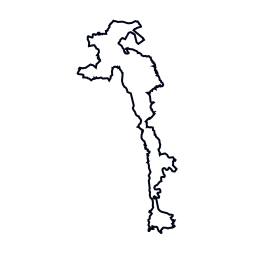 Lolotla, Hidalgo, Mexico (Albers equal-area conic projection), rotated 173°
{"feature_id": "50627088B68203381384952", "entity_name": "Lolotla", "entity_type": "district", "adm_level": 2, "iso_a3": "MEX", "parent_name": "Mexico", "parent_adm1": "Hidalgo", "projection": "albers", "projection_center": [-98.729, 21.009], "detail": "fine", "context": "isolated", "style": "outline", "palette": "ink", "viewbox_px": 256, "rotation_deg": 173, "n_neighbors": 0, "source": "geoboundaries", "source_scale": "gbopen_adm2", "svg_char_len": 5872}
<svg xmlns="http://www.w3.org/2000/svg" viewBox="0 0 256 256"><g transform="rotate(173 128 128)"><path d="M158.7,179.8L157.0,180.9L155.6,180.9L155.4,181.7L155.0,181.1L154.1,181.1L153.3,182.0L152.7,181.3L151.1,181.0L148.6,181.4L146.9,180.1L142.3,179.9L141.8,179.5L140.9,177.4L139.3,179.4L138.8,181.5L137.2,182.4L137.0,186.3L136.0,188.8L136.1,189.5L135.4,189.5L134.6,190.2L133.4,190.5L131.9,189.8L131.1,190.2L130.5,188.8L129.2,189.5L128.9,187.2L127.5,185.1L127.3,183.7L126.6,183.2L128.2,175.4L127.7,171.8L126.6,169.3L125.4,168.4L124.6,167.0L124.1,163.8L121.0,162.0L119.5,149.5L120.8,147.1L120.3,145.2L119.0,142.9L118.6,140.4L117.2,138.8L115.9,138.2L115.4,136.5L114.4,135.2L114.1,134.0L114.4,133.3L114.4,132.4L115.2,131.0L116.5,130.2L117.2,129.3L117.4,128.3L118.1,127.9L116.8,127.3L116.4,126.3L114.6,124.9L114.6,124.5L113.7,124.3L113.4,123.4L113.6,122.8L114.6,122.3L114.3,121.5L115.4,119.5L115.8,116.4L115.4,115.3L114.3,113.5L113.4,112.9L112.8,109.8L113.3,110.1L113.6,109.6L113.0,109.4L113.2,109.1L112.7,108.6L113.2,108.4L112.7,107.6L112.8,106.7L113.4,106.5L113.2,105.3L112.3,105.2L112.2,104.7L111.0,104.2L111.3,103.4L111.2,102.8L109.5,102.0L109.6,101.3L110.5,100.3L112.1,99.7L111.3,98.2L112.0,97.9L111.8,97.4L112.3,95.8L111.9,94.8L112.2,94.4L112.0,92.8L111.7,92.6L112.8,91.6L112.3,91.5L111.8,88.3L112.1,85.8L111.0,81.5L113.3,78.1L112.7,76.6L112.6,75.4L113.8,73.2L113.8,65.2L114.2,64.6L114.4,62.9L113.9,61.7L114.5,58.9L114.4,57.0L114.0,55.7L112.9,54.7L112.3,52.6L112.6,48.7L112.9,48.1L112.6,46.2L114.3,44.1L115.3,43.2L116.5,43.1L117.1,42.0L116.9,41.7L115.4,41.2L114.8,40.1L117.2,37.7L117.4,35.5L119.1,34.1L119.1,33.3L118.4,32.1L119.5,29.0L118.5,27.1L119.6,25.5L120.2,23.6L119.9,23.2L119.4,23.2L117.5,25.5L116.2,24.7L115.1,24.8L116.1,26.6L115.8,27.6L114.2,26.7L111.6,26.4L111.0,25.7L110.3,22.5L108.0,19.8L107.6,19.9L107.5,20.7L108.4,21.8L108.0,21.9L107.1,23.2L106.4,23.4L106.2,24.1L105.1,24.8L102.2,24.3L100.5,23.4L99.0,23.9L97.7,23.7L96.5,24.0L96.3,23.7L94.9,24.1L93.7,24.7L93.8,25.2L93.9,25.5L94.9,25.4L95.5,26.4L95.6,27.1L95.2,27.4L95.5,27.6L95.1,27.8L95.0,28.4L94.5,28.5L94.5,29.1L94.1,29.4L94.5,29.8L93.7,30.3L93.3,30.1L93.0,30.6L94.0,30.6L94.2,31.0L94.9,30.7L96.1,32.4L96.5,33.8L94.5,34.9L94.2,36.0L95.8,36.8L97.4,36.9L99.5,38.7L104.6,40.6L106.5,42.0L107.6,43.5L107.9,45.0L108.5,53.7L108.9,54.5L110.7,54.9L111.1,56.1L110.6,56.8L110.0,57.0L108.4,55.5L105.9,55.0L105.4,56.0L106.8,59.5L106.4,60.1L104.5,60.1L103.6,60.6L103.6,62.8L104.2,63.6L107.2,63.5L108.7,63.9L109.0,64.6L109.1,65.9L108.0,67.3L105.8,68.0L103.2,70.7L101.3,71.2L101.3,74.2L100.8,75.2L99.5,75.3L98.2,74.8L97.5,75.4L97.3,76.3L98.1,77.7L98.8,80.6L98.9,82.1L98.5,83.3L97.2,83.8L96.3,83.5L95.2,81.9L94.6,81.6L93.6,81.8L92.5,83.5L91.8,83.6L90.0,81.6L89.2,79.7L86.9,79.1L84.8,81.4L88.0,85.5L87.5,87.0L87.4,89.3L86.8,89.8L85.2,89.7L84.7,90.5L85.0,91.0L86.4,91.7L86.4,92.5L87.0,93.5L90.5,93.5L91.5,94.2L92.5,96.6L94.3,98.2L99.0,97.8L99.7,97.3L99.8,98.8L99.3,99.5L100.0,100.9L100.4,102.7L100.3,103.2L99.8,103.2L98.8,104.7L98.0,107.7L98.4,109.2L98.4,112.2L100.0,114.6L101.3,115.9L101.6,118.0L102.3,118.0L102.3,121.6L102.5,122.2L103.4,122.8L103.3,125.4L105.2,126.0L106.7,126.0L108.6,126.9L109.2,126.7L108.9,128.2L109.1,129.8L108.6,130.7L108.7,131.4L109.7,132.2L107.3,134.3L105.8,134.4L106.0,134.9L105.3,135.4L104.0,135.3L103.1,135.9L100.0,138.9L100.8,139.4L100.8,140.2L100.4,140.5L100.9,140.5L101.6,141.5L101.7,142.6L102.4,143.2L102.1,143.4L102.3,144.3L103.1,145.4L102.9,146.8L102.2,148.1L100.9,149.5L99.3,150.2L99.6,150.5L101.7,150.2L102.4,151.5L102.3,156.9L103.0,158.8L104.6,160.6L102.9,160.6L102.1,160.0L101.2,161.8L100.1,162.3L99.5,162.0L99.2,163.1L98.1,163.8L96.8,164.0L95.9,163.4L96.1,164.8L94.3,165.0L94.9,165.6L94.7,166.0L93.3,165.7L92.4,166.1L91.2,165.4L90.8,166.4L89.8,165.4L88.7,165.3L87.8,166.5L88.3,168.7L89.4,169.3L89.6,170.9L90.7,171.8L90.7,173.5L91.4,175.8L93.0,176.7L92.1,177.5L92.0,178.8L92.3,179.4L93.4,179.1L93.7,179.4L93.4,180.3L92.7,180.9L92.9,181.4L94.0,181.6L94.2,182.0L93.7,182.5L94.2,183.5L93.8,184.0L94.1,184.8L93.4,184.9L93.6,185.6L95.2,186.3L93.5,186.6L93.4,187.5L94.0,188.1L93.9,188.9L94.9,189.3L94.7,190.2L95.8,190.7L95.7,191.9L96.5,192.2L96.9,195.2L97.3,195.2L98.7,196.9L100.6,196.6L101.6,197.4L103.7,197.4L105.5,198.4L106.1,199.9L107.6,201.2L109.2,201.2L109.3,202.6L110.2,203.3L113.7,205.4L117.5,206.4L118.3,207.3L119.9,207.2L120.5,206.7L119.6,206.0L119.0,203.7L118.2,202.8L118.4,202.1L119.8,201.9L121.6,202.5L121.6,203.6L122.4,204.1L122.6,206.6L123.6,208.2L124.1,210.1L127.1,213.0L126.7,214.0L125.3,215.1L124.8,216.4L122.6,218.0L120.0,216.5L115.8,222.3L114.1,222.8L113.4,222.7L112.6,221.8L111.8,221.8L111.4,220.8L110.6,220.6L110.0,220.0L109.0,211.9L107.5,210.2L101.4,213.5L102.2,214.6L101.9,215.1L110.6,224.3L109.2,225.5L108.3,225.5L107.0,226.2L102.8,227.0L102.9,228.0L103.7,229.4L104.4,230.1L104.5,231.1L105.4,232.1L105.5,232.6L106.5,232.6L107.7,233.2L111.6,231.8L115.1,231.9L120.5,234.2L125.3,234.5L127.3,235.6L128.8,235.7L129.4,236.2L131.0,234.6L132.0,234.1L132.5,233.3L133.4,233.0L133.4,232.4L134.3,231.6L134.0,230.5L136.3,228.1L136.3,227.3L136.8,227.0L138.1,227.0L138.1,224.1L142.0,224.6L142.3,224.2L144.3,225.2L144.9,224.7L144.8,224.2L145.5,224.2L145.6,225.0L145.2,226.1L145.8,226.2L146.4,225.9L146.8,224.9L147.8,224.6L148.4,224.8L148.9,224.4L150.5,225.4L151.4,225.1L152.2,222.3L152.6,222.1L156.3,223.9L156.7,223.6L157.2,221.1L156.1,217.7L156.8,214.0L152.0,214.4L151.1,214.1L150.8,213.0L150.2,212.4L149.7,210.8L147.9,209.7L147.5,208.3L147.7,206.5L149.8,204.0L148.7,203.8L148.5,202.8L149.1,201.9L148.5,201.7L148.4,201.1L149.2,200.4L148.7,199.9L148.3,200.1L147.6,199.3L148.0,198.8L147.5,198.0L151.5,195.1L152.5,191.8L154.7,194.3L157.4,195.6L162.7,192.9L165.7,192.8L168.6,193.7L169.5,192.7L168.6,191.9L170.3,190.1L171.3,188.3L170.7,187.6L166.3,186.5L165.7,185.8L166.3,183.7L162.3,182.9L161.7,182.1L160.5,181.8L158.7,179.8Z" fill="none" stroke="#020617" stroke-width="2"/></g></svg>